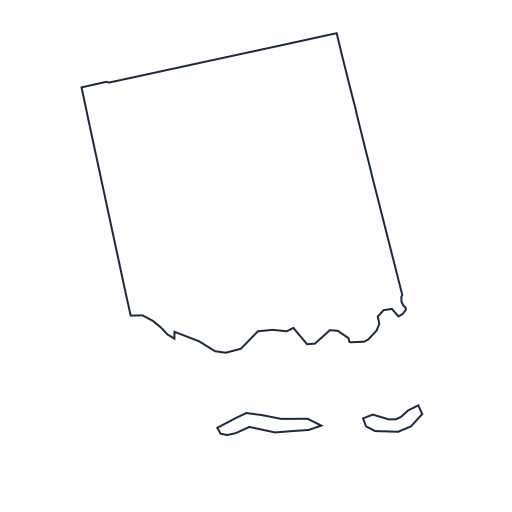 the district of Jackson, Mississippi, United States of America, rotated 348°
{"feature_id": "52423323B10934602069357", "entity_name": "Jackson", "entity_type": "district", "adm_level": 2, "iso_a3": "USA", "parent_name": "United States of America", "parent_adm1": "Mississippi", "projection": "equal_earth", "projection_center": [-88.578, 30.463], "detail": "fine", "context": "isolated", "style": "outline", "palette": "slate", "viewbox_px": 512, "rotation_deg": 348, "n_neighbors": 0, "source": "geoboundaries", "source_scale": "gbopen_adm2", "svg_char_len": 1296}
<svg xmlns="http://www.w3.org/2000/svg" viewBox="0 0 512 512"><g transform="rotate(348 256 256)"><path d="M120.4,54.8L120.4,97.7L120.6,183.4L120.8,262.2L121.0,288.2L132.7,290.5L141.5,297.9L148.3,306.4L153.0,314.2L159.0,319.9L160.5,313.2L182.6,327.6L195.1,339.6L196.3,340.7L206.3,344.3L221.9,343.6L242.3,330.0L256.7,331.7L256.9,331.7L270.4,336.0L277.6,334.1L287.6,352.9L295.4,354.0L312.9,343.9L320.5,346.2L329.4,355.6L329.5,359.3L330.3,360.0L343.9,362.3L348.5,361.0L358.5,354.0L362.5,348.0L362.5,340.6L369.5,335.5L377.9,336.0L382.8,344.7L387.6,343.1L391.6,339.4L391.5,337.1L389.9,335.4L388.8,331.0L389.8,325.9L391.0,324.6L386.9,220.3L386.2,203.9L386.0,196.4L386.0,195.1L385.6,184.2L384.8,162.2L384.0,137.9L384.0,131.3L383.7,127.4L382.8,104.0L381.8,76.3L381.7,71.5L381.3,58.6L381.3,57.6L381.2,54.8L306.5,55.2L243.9,55.4L148.5,55.8L145.5,54.5L120.4,54.8ZM182.4,416.0L184.4,422.5L190.6,425.1L199.3,425.1L213.9,421.8L237.8,432.5L239.8,432.8L253.0,434.5L271.3,437.1L284.6,435.5L272.7,426.0L246.6,420.5L240.1,417.7L228.6,412.8L213.9,407.6L201.8,410.5L182.4,416.0ZM327.0,437.1L328.2,445.5L336.1,452.0L358.6,457.5L361.5,456.9L372.1,454.9L385.8,445.1L383.6,435.8L372.6,438.7L364.5,443.5L361.2,444.3L358.8,444.8L352.1,443.5L337.2,435.4L327.0,437.1Z" fill="none" stroke="#1e293b" stroke-width="2"/></g></svg>